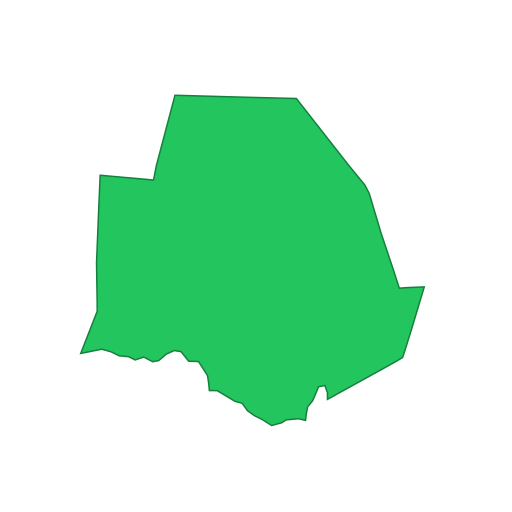 Curral Velho, Paraíba, Brazil, rotated 294°
{"feature_id": "56859067B57325198781008", "entity_name": "Curral Velho", "entity_type": "district", "adm_level": 2, "iso_a3": "BRA", "parent_name": "Brazil", "parent_adm1": "Paraíba", "projection": "equal_earth", "projection_center": [-38.205, -7.54], "detail": "fine", "context": "isolated", "style": "filled", "palette": "green", "viewbox_px": 512, "rotation_deg": 294, "n_neighbors": 0, "source": "geoboundaries", "source_scale": "gbopen_adm2", "svg_char_len": 887}
<svg xmlns="http://www.w3.org/2000/svg" viewBox="0 0 512 512"><g transform="rotate(294 256 256)"><path d="M95.7,135.5L108.1,153.0L109.5,162.3L109.2,171.8L112.2,180.5L111.9,187.9L118.0,194.5L117.4,204.6L120.9,209.7L129.8,213.9L136.4,219.8L138.1,226.5L132.5,237.3L136.2,246.4L127.1,260.3L120.4,264.6L114.1,268.1L117.2,275.3L114.7,295.8L115.8,303.2L111.1,311.4L109.5,319.5L109.1,328.8L107.5,339.2L114.1,347.3L118.6,350.3L124.6,361.0L126.0,368.1L131.8,366.3L139.2,364.5L146.7,366.6L153.8,366.6L162.0,366.3L165.7,371.6L160.3,376.8L154.1,379.6L210.2,422.0L217.2,427.2L222.9,431.2L230.1,430.5L252.4,427.9L296.2,422.3L289.3,408.3L284.9,400.0L299.7,386.7L327.3,361.4L359.2,334.0L365.1,326.6L376.4,304.1L416.3,228.8L397.3,183.1L369.9,116.6L298.1,128.2L283.7,131.5L266.4,80.8L239.2,91.5L185.1,113.0L150.2,129.2L140.9,133.4L95.7,135.5Z" fill="#22c55e" stroke="#15803d" stroke-width="1.5"/></g></svg>